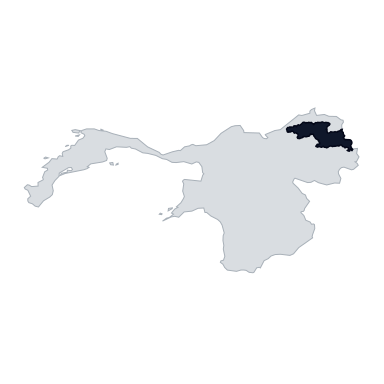 where Chiang Mai sits in Thailand, rotated 89°
{"feature_id": "THA-390", "entity_name": "Chiang Mai", "entity_type": "Province", "adm_level": 1, "iso_a3": "THA", "parent_name": "Thailand", "parent_adm1": "", "projection": "robinson", "projection_center": [98.763, 18.701], "detail": "fine", "context": "in_parent", "style": "filled", "palette": "ink", "viewbox_px": 384, "rotation_deg": 89, "n_neighbors": 0, "source": "natural_earth", "source_scale": "10m", "svg_char_len": 8641}
<svg xmlns="http://www.w3.org/2000/svg" viewBox="0 0 384 384"><g transform="rotate(89 192 192)"><path d="M164.3,26.9L164.7,28.5L166.2,26.4L168.2,25.3L172.1,30.0L172.6,32.1L169.8,39.6L170.2,42.1L172.0,44.2L174.3,45.4L176.6,45.1L181.0,42.9L185.8,44.3L185.5,49.3L187.3,57.2L184.9,65.4L182.6,69.4L184.4,72.9L184.6,76.2L180.0,88.8L180.9,89.8L183.8,91.2L185.1,90.7L189.9,85.8L195.3,81.9L197.0,78.6L200.4,77.5L203.4,74.6L210.5,79.7L212.4,80.2L213.3,81.0L213.6,83.2L214.5,83.5L217.4,80.6L222.2,78.7L224.1,74.4L226.3,73.1L226.1,70.9L226.8,70.1L230.7,69.9L236.8,72.2L238.9,72.7L239.9,72.2L249.4,86.2L255.6,91.6L257.1,95.2L255.8,104.7L256.0,110.0L257.4,114.1L260.0,117.0L261.9,121.1L269.1,125.0L268.5,126.0L268.9,128.6L273.4,131.5L273.8,132.5L273.3,136.3L271.3,139.2L270.9,141.6L270.9,144.5L272.1,148.9L270.7,158.0L268.1,160.6L264.7,162.4L262.8,164.9L261.4,164.3L260.7,161.7L256.9,160.3L249.6,161.7L246.0,161.1L241.1,161.9L236.3,161.6L233.5,160.5L225.6,162.5L222.3,164.3L219.9,166.9L216.3,173.6L212.7,177.7L212.7,179.4L208.2,180.5L208.4,186.2L211.1,192.4L211.8,200.2L217.0,205.7L216.0,209.6L216.6,213.3L220.6,222.0L217.7,217.9L217.1,215.1L213.8,210.8L212.7,212.9L208.8,209.6L207.1,206.4L206.5,207.8L202.6,203.3L198.7,200.8L196.4,199.7L190.9,201.3L183.8,200.1L181.1,201.3L180.0,200.5L179.3,199.2L181.3,182.9L175.2,180.9L174.1,179.8L172.8,181.0L166.8,181.7L162.5,184.7L162.0,187.2L164.0,191.7L161.5,199.7L162.3,207.3L162.0,211.5L159.0,216.8L158.2,221.0L154.8,227.5L152.6,235.7L152.0,240.5L148.0,247.8L147.1,251.9L145.6,253.4L146.2,256.7L145.5,266.7L148.1,273.9L147.4,277.3L150.2,278.5L156.8,276.2L159.0,276.8L160.4,280.8L162.1,292.7L164.9,296.3L165.5,294.5L166.8,296.4L167.9,299.9L171.3,318.6L173.2,323.5L171.1,322.3L169.9,316.4L168.0,316.2L168.6,312.4L167.4,311.1L165.4,312.2L165.5,315.1L170.8,324.4L174.0,324.7L178.1,328.8L182.6,331.8L188.3,330.7L192.2,331.7L194.5,334.2L198.2,340.6L204.3,345.8L203.4,349.1L201.0,351.8L199.8,355.3L198.1,356.3L195.9,356.3L193.4,353.4L187.4,356.1L186.1,358.8L184.6,359.6L181.9,356.5L182.2,354.8L183.8,352.3L183.4,345.8L179.8,345.8L177.4,340.9L176.6,340.4L174.9,341.2L169.2,338.9L167.5,335.9L165.8,336.1L164.7,341.3L159.7,334.3L156.2,331.5L156.7,326.3L154.4,325.1L153.4,323.7L154.2,320.6L151.0,321.1L149.5,320.2L147.6,314.6L146.0,312.4L143.9,312.4L143.2,311.3L143.4,308.5L138.1,304.6L136.4,300.2L133.9,298.2L132.4,298.8L130.8,302.0L129.6,301.8L128.5,300.9L127.1,296.4L127.2,288.6L128.9,284.0L129.8,276.8L132.2,270.6L137.3,252.7L137.5,245.7L146.1,235.6L151.8,224.1L153.7,222.4L154.5,220.3L151.5,211.0L150.1,204.6L150.4,202.9L146.7,198.6L145.8,193.6L144.8,192.0L144.4,190.3L145.8,187.4L145.0,176.5L141.0,168.9L133.8,161.9L127.4,151.6L126.5,147.9L126.3,142.7L131.4,139.3L133.5,139.0L134.2,123.6L138.7,120.6L139.6,119.3L140.1,116.7L139.0,115.2L136.1,117.8L135.6,117.2L132.0,108.1L131.2,102.6L116.8,84.0L117.4,80.8L115.3,72.8L113.2,72.7L111.7,71.2L110.2,67.6L113.0,68.1L117.6,66.1L116.8,58.3L118.7,53.8L119.0,46.3L122.4,41.9L122.9,39.7L124.8,39.4L127.3,41.1L129.9,41.1L140.6,39.2L142.0,37.2L142.7,33.1L143.7,31.8L146.1,31.5L148.9,32.3L151.8,30.7L151.3,25.8L156.4,26.7L159.8,24.4L164.3,26.9ZM131.1,304.1L130.3,309.9L128.3,311.1L127.6,307.7L128.8,302.2L129.4,303.5L131.1,304.1ZM163.7,270.1L163.3,272.9L161.5,273.8L161.1,270.7L163.7,270.1ZM208.3,212.1L210.5,216.2L208.0,215.8L207.5,211.9L208.3,212.1ZM155.6,339.5L154.5,337.8L155.4,335.1L156.3,338.4L155.6,339.5ZM134.4,304.7L134.0,307.9L132.9,303.5L134.4,304.7ZM163.7,267.6L162.8,267.2L161.9,265.4L163.1,265.4L163.7,267.6ZM143.2,314.2L144.4,318.0L143.1,316.2L143.2,314.2ZM214.1,222.7L213.7,225.1L212.6,224.1L213.3,222.3L214.1,222.7ZM128.6,281.5L127.4,282.4L128.4,280.2L128.6,281.5Z" fill="#d9dde1" stroke="#a8b0b8" stroke-width="1"/><path d="M148.1,32.6L148.6,32.6L150.9,31.8L151.6,31.2L151.8,30.9L152.3,30.6L152.6,30.9L152.9,31.1L153.3,31.2L153.4,31.3L153.3,31.6L152.8,32.0L152.3,32.1L152.2,32.2L152.1,32.4L152.2,32.8L152.4,32.9L152.7,33.1L152.9,33.3L153.1,33.5L153.7,33.6L153.8,33.7L153.9,33.9L153.8,34.6L153.7,35.0L153.3,35.8L153.1,36.0L152.9,35.7L152.7,35.1L152.6,34.9L152.1,34.7L151.7,34.7L151.1,34.6L150.5,35.0L150.3,35.8L150.2,36.0L150.0,36.3L149.8,36.6L149.9,37.2L150.1,37.4L150.3,37.6L150.5,38.2L150.5,38.3L150.3,38.4L150.0,38.4L149.8,38.6L149.7,38.9L149.5,39.3L149.3,40.2L149.1,40.7L148.7,40.7L148.5,40.8L148.3,41.3L147.8,41.6L147.6,41.8L147.4,42.2L147.5,42.5L147.7,43.1L147.8,43.2L148.0,43.2L148.1,43.3L148.3,44.0L148.6,44.3L148.6,44.5L148.5,44.8L148.1,45.4L148.1,45.6L148.4,45.9L148.4,46.2L148.5,46.5L148.4,46.9L148.7,47.7L148.8,48.3L148.8,48.6L148.6,48.9L148.6,49.1L149.0,50.5L149.0,50.9L148.9,51.1L148.6,51.4L148.6,51.6L148.4,52.5L148.7,53.9L148.8,54.1L149.8,55.5L149.9,55.8L150.1,56.8L149.7,57.1L149.6,57.3L149.7,57.8L149.7,58.0L149.6,58.7L149.5,59.0L149.1,59.3L148.9,59.5L148.7,59.7L148.6,60.0L148.9,60.1L149.0,60.0L149.1,60.6L149.2,61.1L149.4,61.4L149.5,61.7L149.5,62.0L149.4,62.3L149.1,62.8L148.8,63.8L148.8,64.0L148.9,64.3L149.0,64.5L148.8,64.8L148.6,65.1L148.7,65.3L149.1,65.4L149.2,65.5L149.3,65.6L149.2,66.1L149.1,66.3L148.8,66.4L148.7,66.6L148.7,67.1L148.6,67.3L148.4,67.3L148.1,67.2L147.4,66.5L147.1,66.4L146.5,65.9L146.5,65.6L146.8,65.4L146.8,65.0L146.6,64.6L146.3,64.4L145.9,63.9L145.9,63.5L145.9,63.4L145.1,63.4L144.9,63.5L144.6,63.9L144.4,64.0L143.9,64.0L143.7,64.1L143.2,64.6L143.0,64.3L142.8,64.2L142.6,64.2L142.5,64.3L141.8,65.6L141.6,65.8L141.5,66.2L140.9,67.0L140.8,67.4L139.0,68.4L138.2,69.1L137.8,69.3L136.7,69.6L136.4,69.8L136.5,70.0L136.5,70.3L136.4,70.6L136.3,70.8L136.2,71.1L136.5,71.7L136.0,72.3L136.0,72.6L136.7,72.8L138.0,73.7L138.2,74.0L138.3,74.3L138.3,75.5L138.6,75.9L138.7,76.1L138.7,77.6L138.4,79.4L138.5,79.8L138.6,80.0L138.8,80.1L139.2,80.1L139.3,80.1L139.6,80.9L139.8,81.5L139.9,82.0L140.0,82.3L140.1,82.7L140.2,83.0L140.4,83.2L140.5,83.3L140.5,83.5L140.3,84.8L140.3,85.1L140.2,85.3L139.9,85.5L139.6,85.6L139.3,85.8L139.1,85.8L138.9,85.8L138.4,85.4L137.7,85.0L137.4,84.9L136.6,84.9L136.1,85.2L135.6,85.3L135.5,85.5L135.3,85.8L135.4,86.1L135.3,86.3L134.7,86.9L134.6,87.0L134.6,87.4L134.7,87.8L134.9,88.2L134.9,88.3L134.9,88.6L134.6,89.0L134.0,89.2L133.5,89.5L133.3,89.8L133.1,90.4L133.0,91.0L133.1,91.6L133.2,91.8L133.6,92.1L133.7,92.5L133.7,93.1L133.4,93.8L133.4,94.0L133.8,94.1L133.8,94.6L133.9,94.9L133.7,95.4L133.6,95.5L133.0,95.8L132.5,95.9L131.8,96.0L131.1,96.3L130.6,96.3L130.3,96.0L130.0,95.8L129.8,95.6L129.4,95.4L129.2,95.2L129.2,94.7L129.2,94.3L129.1,93.5L128.7,93.1L128.8,92.9L129.1,92.7L129.2,92.4L129.1,92.2L128.8,92.1L128.7,92.0L128.7,91.9L128.9,91.1L128.9,90.6L128.9,90.2L128.6,89.2L128.2,89.0L127.9,89.1L127.7,88.9L127.6,87.7L127.7,87.3L127.8,87.1L128.4,86.7L128.5,86.3L127.4,85.8L127.2,85.5L127.1,85.3L127.0,85.0L126.8,84.7L126.7,84.4L126.8,84.3L126.9,84.2L127.0,84.1L127.0,83.7L127.3,83.4L127.3,83.2L127.0,82.6L126.6,82.4L125.6,81.0L125.0,80.5L124.6,80.1L124.4,79.9L124.3,79.4L124.2,79.0L124.2,78.8L124.3,78.5L124.4,77.9L124.6,77.6L125.0,77.4L125.1,77.2L125.0,76.8L124.7,76.3L124.6,75.9L124.7,75.5L124.7,74.7L124.6,74.4L124.4,74.2L124.6,73.0L124.9,72.4L124.9,72.2L124.6,72.0L124.5,71.8L124.5,71.5L124.7,71.2L125.5,70.5L125.6,70.3L125.7,70.1L125.9,69.5L126.0,69.4L126.3,69.5L126.5,69.4L126.7,69.1L126.6,68.9L126.2,68.6L125.9,68.5L125.7,68.4L125.1,67.6L124.8,67.2L124.9,66.6L124.9,65.8L124.8,65.5L124.7,65.3L124.5,64.9L124.7,64.5L124.7,64.4L124.7,63.8L124.7,62.9L124.9,62.3L124.9,61.9L124.6,61.8L124.3,60.9L124.2,60.6L124.8,59.2L125.0,58.5L125.0,58.1L125.0,57.9L124.7,56.9L124.7,56.7L125.2,55.8L125.2,55.6L124.9,54.9L125.0,54.7L125.3,54.4L125.5,54.2L125.6,53.9L125.7,53.4L125.9,53.3L126.1,53.1L126.3,53.0L126.6,53.0L127.0,53.3L127.3,53.4L127.5,53.5L127.8,53.9L128.0,54.5L128.5,54.9L128.8,55.4L129.1,55.8L129.4,56.0L130.2,56.0L130.8,56.1L131.3,56.3L131.6,56.6L131.9,56.0L132.1,55.9L132.3,55.9L132.5,55.9L133.1,56.1L133.3,56.2L133.6,56.1L134.1,55.8L134.7,55.8L135.1,55.5L135.3,55.2L135.4,54.8L135.5,54.4L135.4,53.9L134.9,52.9L134.3,52.4L134.2,52.1L134.2,51.9L134.4,51.5L134.6,50.2L134.6,49.6L134.5,49.0L134.5,48.7L134.3,48.3L134.2,48.0L134.3,47.9L134.4,47.6L134.4,46.8L134.6,45.9L134.4,45.5L134.3,45.3L134.0,45.2L133.9,45.1L133.9,44.4L133.6,44.1L133.5,43.6L133.4,42.9L132.7,42.4L132.2,41.9L132.1,41.7L132.0,41.0L132.0,40.7L132.4,40.8L132.5,41.1L133.1,41.4L133.2,41.2L133.4,41.0L133.8,40.9L134.2,40.8L134.4,40.7L134.9,40.0L135.2,39.8L137.0,39.6L137.3,39.4L138.5,38.4L139.1,38.7L139.4,39.0L139.6,39.2L140.0,39.8L140.3,39.8L141.0,39.2L141.8,38.9L142.0,38.6L142.3,38.1L142.4,37.6L142.4,37.1L142.3,36.7L142.3,36.2L142.3,35.9L142.5,35.5L142.4,34.7L142.6,33.1L143.0,32.4L143.7,31.8L144.6,31.4L145.4,31.3L145.8,31.3L146.6,31.6L146.9,31.7L147.7,32.4L148.1,32.6Z" fill="#0f172a" stroke="#020617" stroke-width="1.5"/></g></svg>